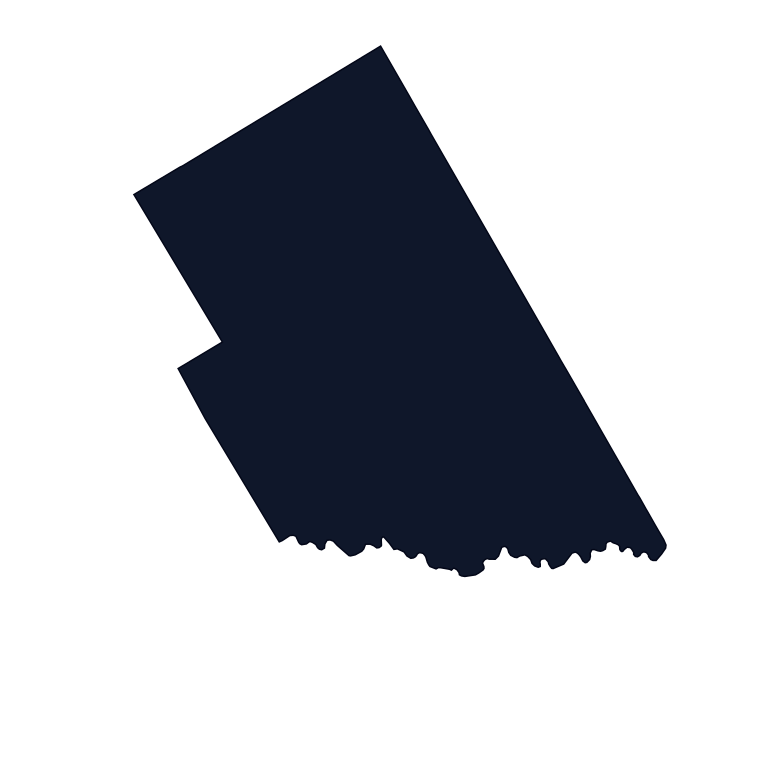 McCurtain, Oklahoma, United States of America, rotated 329°
{"feature_id": "52423323B44791515343286", "entity_name": "McCurtain", "entity_type": "district", "adm_level": 2, "iso_a3": "USA", "parent_name": "United States of America", "parent_adm1": "Oklahoma", "projection": "equal_earth", "projection_center": [-94.759, 34.062], "detail": "fine", "context": "isolated", "style": "filled", "palette": "ink", "viewbox_px": 768, "rotation_deg": 329, "n_neighbors": 0, "source": "geoboundaries", "source_scale": "gbopen_adm2", "svg_char_len": 2555}
<svg xmlns="http://www.w3.org/2000/svg" viewBox="0 0 768 768"><g transform="rotate(329 384 384)"><path d="M212.9,321.5L212.9,465.4L216.1,465.8L225.2,465.4L228.3,466.9L230.1,469.1L229.4,475.4L229.5,477.4L230.6,479.3L235.1,481.1L238.8,480.7L240.1,481.6L241.2,483.1L242.9,486.5L242.8,490.1L243.5,492.3L245.2,494.0L248.4,494.0L250.9,490.7L254.7,488.6L257.5,489.9L259.7,492.7L260.8,498.2L265.6,513.1L266.8,514.1L271.4,515.6L278.8,515.9L281.7,514.9L285.6,511.8L289.7,514.2L292.0,517.5L293.4,520.8L295.5,521.7L298.0,521.5L298.8,520.9L301.5,515.9L302.9,514.7L303.9,514.4L305.1,515.2L306.6,523.4L307.3,530.9L310.6,532.2L314.7,538.3L315.1,543.3L317.2,547.2L319.6,548.2L321.4,548.3L323.1,547.9L325.1,546.8L327.0,546.7L328.3,547.4L329.5,548.5L330.3,549.4L330.8,552.1L330.7,554.1L329.4,559.0L329.2,562.0L329.4,564.1L333.4,569.3L336.0,569.4L338.0,570.7L344.8,576.6L345.9,578.3L348.2,577.7L349.3,578.1L350.9,580.8L351.2,584.3L350.4,586.4L351.6,588.4L354.2,590.6L364.1,594.7L367.9,594.8L373.2,594.4L374.7,593.6L375.6,591.9L376.2,588.3L377.6,587.3L379.8,586.5L382.5,586.7L383.9,588.3L389.1,591.5L393.5,590.4L400.8,584.6L402.8,585.0L404.2,585.6L405.0,587.3L405.2,589.2L404.2,592.7L404.4,596.1L406.7,599.8L408.6,601.3L411.6,601.3L416.8,603.0L418.4,605.9L419.3,610.1L418.5,614.0L419.2,616.7L419.5,617.6L421.8,620.5L423.9,620.9L425.1,619.0L425.9,617.0L427.0,615.9L428.4,615.3L430.5,615.9L432.4,617.0L433.2,620.9L432.5,623.2L432.5,626.1L432.8,628.4L433.9,629.3L445.3,630.9L458.0,625.8L461.4,626.6L462.7,628.5L463.3,630.8L463.6,633.5L463.3,638.1L464.4,640.8L466.0,641.4L469.8,640.4L472.1,638.1L473.6,635.2L476.7,633.1L478.9,634.1L481.5,637.2L483.5,638.9L485.7,639.5L488.7,639.5L490.3,637.7L491.9,635.4L493.8,634.5L497.3,635.3L498.6,638.1L500.6,640.4L502.1,642.7L502.3,644.6L501.0,647.1L500.9,648.9L501.6,650.2L502.6,650.4L504.7,649.6L508.4,649.1L510.9,651.2L511.3,653.3L511.3,657.0L510.2,658.7L510.6,661.2L512.3,662.7L515.0,662.7L517.4,661.4L520.2,661.6L522.2,663.7L522.6,666.7L521.9,668.3L522.3,671.9L523.6,673.7L526.4,675.4L534.4,672.7L540.8,669.8L542.8,667.3L543.6,661.4L543.7,651.3L543.8,644.7L544.2,628.6L544.2,626.2L544.6,613.2L544.5,609.7L545.0,587.5L545.0,587.4L545.0,585.5L545.1,583.8L545.5,562.3L545.6,557.9L545.7,553.4L545.7,553.2L546.1,535.4L546.4,521.5L546.8,501.9L546.9,501.7L547.6,464.9L547.6,462.8L547.7,454.4L547.8,452.1L548.7,411.3L548.7,409.9L550.9,300.0L553.0,194.0L553.2,189.1L553.7,160.9L553.9,153.3L554.0,149.9L555.1,92.6L323.3,93.3L320.9,93.0L267.2,92.8L267.1,264.8L215.5,264.7L212.9,321.5Z" fill="#0f172a" stroke="#020617" stroke-width="1.5"/></g></svg>